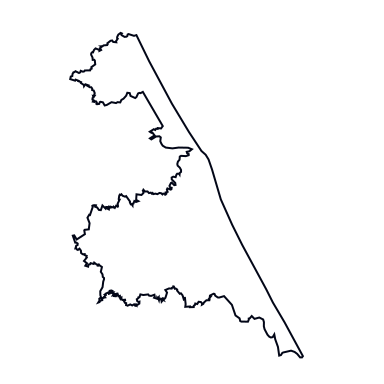 outline of Tecolutla, Veracruz, Mexico, rotated 12°
{"feature_id": "50627088B65141848449255", "entity_name": "Tecolutla", "entity_type": "district", "adm_level": 2, "iso_a3": "MEX", "parent_name": "Mexico", "parent_adm1": "Veracruz", "projection": "natural_earth1", "projection_center": [-97.047, 20.419], "detail": "fine", "context": "isolated", "style": "outline", "palette": "ink", "viewbox_px": 384, "rotation_deg": 12, "n_neighbors": 0, "source": "geoboundaries", "source_scale": "gbopen_adm2", "svg_char_len": 5967}
<svg xmlns="http://www.w3.org/2000/svg" viewBox="0 0 384 384"><g transform="rotate(12 192 192)"><path d="M98.2,225.5L97.4,226.2L98.0,227.5L97.0,235.7L96.2,235.6L95.1,238.9L98.3,243.8L98.8,250.0L94.9,251.3L94.6,251.9L96.0,255.5L89.1,262.4L85.8,258.9L84.5,259.5L88.3,265.8L89.3,265.5L90.9,266.2L91.1,267.7L89.9,268.6L89.7,271.3L90.4,271.0L91.2,272.1L92.4,272.4L93.7,270.8L95.5,272.4L96.2,274.7L98.0,275.6L99.9,275.1L100.0,276.0L102.3,276.4L102.2,277.7L102.7,278.0L100.7,281.9L104.0,283.5L103.0,286.3L105.9,286.6L105.8,284.5L107.3,283.9L107.6,282.7L110.8,282.8L111.0,281.4L114.1,282.9L115.1,282.5L115.2,283.3L116.1,282.7L116.2,283.2L116.7,282.9L119.5,284.1L119.4,289.0L121.6,291.2L122.4,293.6L123.8,294.4L124.1,295.6L123.8,298.1L124.3,303.7L122.9,308.1L123.8,312.0L124.9,313.9L123.5,315.7L124.1,317.4L123.3,319.6L124.4,318.9L124.9,317.4L126.6,316.5L125.9,315.3L126.8,314.8L126.9,314.1L128.7,313.3L127.8,312.8L129.0,311.0L128.1,310.5L128.9,310.0L128.7,309.4L131.1,307.6L131.8,308.9L132.8,308.3L133.3,307.0L132.2,307.0L132.0,305.8L133.5,305.1L134.8,305.3L134.7,306.7L135.8,306.5L135.2,307.5L136.7,307.6L136.2,309.2L138.1,308.0L137.5,310.0L139.3,309.8L140.2,308.3L139.7,307.2L140.3,306.9L141.7,309.2L143.0,308.6L143.1,309.7L144.0,309.8L143.5,310.5L144.3,311.5L144.7,310.7L144.3,310.6L144.9,310.0L145.1,311.1L146.3,312.1L148.9,311.3L149.1,311.8L148.0,312.7L149.5,314.4L150.7,314.4L151.2,317.2L151.3,316.2L152.6,316.6L155.0,314.8L157.1,315.4L158.7,313.9L160.1,315.1L161.0,314.9L160.9,314.1L161.5,314.5L161.4,313.5L162.3,313.5L163.7,312.1L163.4,310.2L162.5,310.7L161.1,310.1L160.3,308.4L161.7,306.8L161.5,306.2L162.5,305.7L162.8,302.9L165.8,302.9L170.4,301.3L171.6,302.3L173.7,302.1L176.6,300.3L177.3,302.1L176.9,303.3L180.4,303.7L180.1,302.6L180.7,303.0L181.3,301.9L181.5,302.9L182.0,302.9L181.5,303.6L182.2,304.7L182.2,303.7L185.2,303.4L185.5,303.8L184.7,304.4L185.1,305.5L186.0,303.8L185.7,303.4L186.5,303.6L185.6,302.6L186.3,302.5L186.1,302.0L187.4,302.1L188.0,301.0L188.5,295.6L186.3,293.4L189.6,291.1L192.2,290.7L192.3,289.9L193.2,289.5L193.3,288.2L193.9,288.2L195.3,290.2L196.1,289.8L197.8,290.5L197.9,291.5L201.2,294.1L202.2,293.4L204.0,294.8L205.7,297.2L206.3,297.2L206.2,297.9L205.7,297.7L206.3,298.8L207.3,297.6L209.1,303.0L209.3,305.7L213.8,304.4L213.9,305.1L217.6,304.2L217.4,302.8L218.3,302.0L218.4,300.4L220.4,300.5L221.3,298.0L223.6,297.8L225.2,299.0L225.2,300.1L226.3,299.1L226.6,297.7L228.6,294.9L231.5,294.3L231.5,293.3L230.8,292.9L231.9,290.7L231.2,290.8L231.1,289.6L234.3,287.0L235.2,287.0L236.3,288.6L239.2,289.8L240.5,289.6L245.0,287.2L254.5,294.1L260.2,303.7L264.8,305.7L266.0,308.2L267.2,308.5L273.7,307.2L274.1,304.9L273.8,304.0L274.8,303.5L276.2,300.9L279.5,303.1L283.9,300.8L288.1,301.9L289.4,304.3L290.2,308.4L291.5,311.1L295.5,315.9L297.7,317.5L299.4,317.9L301.1,317.2L302.1,314.2L304.0,318.7L308.3,325.7L311.3,333.9L312.9,333.0L313.8,330.6L314.6,330.0L321.9,326.6L325.6,327.1L328.6,328.5L332.1,331.3L334.0,330.9L334.6,329.5L309.7,300.3L294.1,283.3L284.8,271.7L252.1,233.3L238.1,215.7L221.7,193.2L206.9,165.8L201.4,156.7L197.6,152.7L192.7,149.9L176.5,133.9L154.0,109.8L122.9,73.0L105.0,50.1L102.8,51.3L97.1,50.7L96.3,51.3L96.3,52.9L95.6,53.7L93.8,54.3L90.5,53.2L89.9,52.4L90.4,51.5L89.1,51.2L87.2,53.4L86.6,55.8L86.7,57.0L87.5,57.5L86.3,60.3L86.8,61.3L83.7,61.6L82.4,60.4L80.9,61.0L78.3,64.1L78.8,65.1L78.5,65.9L75.0,67.0L74.3,67.9L72.7,68.4L73.5,68.7L72.1,70.4L73.6,72.0L72.1,73.2L71.8,71.7L71.1,72.2L67.8,71.6L66.6,73.5L66.2,75.9L65.5,75.8L64.6,77.3L64.8,78.7L66.7,81.1L67.4,83.4L68.8,83.0L69.6,83.6L70.8,87.3L67.6,90.8L68.2,92.2L67.1,93.1L67.1,94.2L61.9,95.4L61.5,96.4L60.3,97.0L58.0,96.6L57.8,98.2L56.7,99.1L52.9,98.1L52.0,99.3L51.2,99.5L50.6,101.3L50.8,103.5L49.4,104.3L49.4,106.9L54.5,107.4L54.8,106.3L57.9,106.8L57.8,107.2L60.7,107.6L60.7,108.5L64.0,109.8L64.4,110.9L65.3,108.8L68.4,109.2L67.7,109.9L70.4,110.8L71.7,110.5L72.9,111.6L73.1,113.0L74.8,113.2L76.3,115.5L76.0,117.9L76.8,117.9L76.2,119.3L75.4,119.0L75.9,120.1L75.2,120.8L75.4,122.3L76.8,122.8L76.3,124.2L77.9,124.2L78.4,123.4L79.3,123.3L80.3,124.3L80.1,125.6L80.8,125.9L82.9,125.1L83.1,123.3L83.7,122.8L86.2,122.8L88.6,125.5L90.5,124.6L94.6,120.9L99.2,120.8L100.5,119.6L103.2,119.3L103.8,116.6L105.6,115.0L107.6,111.5L108.1,108.4L110.5,108.2L111.9,110.8L116.9,111.9L117.9,110.7L118.8,106.8L119.9,106.0L121.1,106.0L123.1,104.3L149.7,133.6L148.5,136.3L145.2,136.6L145.3,137.4L143.7,137.6L143.1,139.0L141.6,138.5L138.2,141.8L139.9,142.5L140.2,142.0L141.1,142.3L143.6,144.4L139.7,148.3L141.3,149.0L145.3,145.2L148.5,144.3L150.1,145.1L150.4,148.9L151.9,151.0L153.7,152.8L157.1,154.0L163.8,153.4L169.7,151.3L179.0,149.5L183.0,150.2L181.0,152.7L178.5,153.8L179.2,155.1L180.9,155.6L181.1,156.7L178.5,158.2L173.8,158.9L172.7,159.9L173.1,163.0L171.9,165.2L171.8,167.7L172.5,169.2L175.0,170.7L176.7,172.7L177.1,174.6L176.0,176.0L176.2,177.5L175.5,176.8L173.7,177.2L173.2,178.1L172.9,180.9L170.5,180.9L169.1,182.1L169.6,183.9L173.7,186.6L174.4,188.5L173.2,189.0L170.2,187.0L169.5,187.6L168.7,190.7L169.7,192.1L171.2,192.1L171.3,193.5L170.7,194.1L167.2,193.6L166.9,194.8L168.1,196.9L166.4,197.9L167.3,199.0L166.7,200.0L166.4,200.2L165.9,199.4L164.1,199.6L163.6,200.5L162.0,199.6L160.4,199.7L158.6,201.3L156.6,201.2L154.6,202.1L153.7,201.2L153.1,202.0L151.8,201.2L150.1,202.0L148.4,200.7L145.9,201.3L144.0,199.9L143.8,200.8L143.1,200.4L144.2,201.5L144.7,203.1L143.2,205.4L138.2,205.8L139.0,211.3L141.4,212.1L139.3,213.4L137.5,212.8L137.1,215.5L136.3,215.8L136.6,217.5L135.5,216.5L134.7,216.8L133.4,215.1L133.3,214.2L128.4,209.7L127.5,210.5L124.9,210.1L123.4,208.9L122.7,209.8L121.9,209.6L121.6,210.8L121.8,214.2L122.2,215.0L122.7,214.8L121.7,218.9L122.6,221.3L122.4,221.8L120.7,221.1L119.8,223.6L118.3,222.7L118.1,223.5L115.6,223.3L115.6,224.1L114.1,223.6L114.3,226.3L112.9,225.9L112.9,224.2L111.1,224.5L110.9,226.2L107.2,223.8L106.6,228.7L105.8,228.8L104.7,228.9L102.4,226.8L100.6,226.6L100.8,225.0L99.8,225.1L99.8,225.9L98.2,225.5Z" fill="none" stroke="#020617" stroke-width="2"/></g></svg>